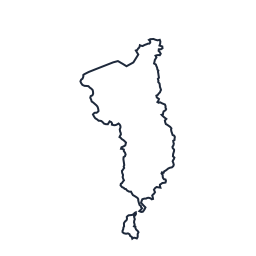 the district of Campo Alegre, Santa Catarina, Brazil, rotated 122°
{"feature_id": "56859067B1818648159801", "entity_name": "Campo Alegre", "entity_type": "district", "adm_level": 2, "iso_a3": "BRA", "parent_name": "Brazil", "parent_adm1": "Santa Catarina", "projection": "natural_earth1", "projection_center": [-49.182, -26.127], "detail": "fine", "context": "isolated", "style": "outline", "palette": "slate", "viewbox_px": 256, "rotation_deg": 122, "n_neighbors": 0, "source": "geoboundaries", "source_scale": "gbopen_adm2", "svg_char_len": 4109}
<svg xmlns="http://www.w3.org/2000/svg" viewBox="0 0 256 256"><g transform="rotate(122 128 128)"><path d="M63.2,132.7L62.9,134.0L61.3,135.4L60.5,136.7L59.4,138.0L59.5,140.1L57.6,140.7L56.1,141.3L54.5,141.3L53.1,141.3L52.1,143.0L51.1,142.2L50.1,141.0L49.4,139.6L47.7,139.6L46.7,141.5L46.4,142.9L44.9,143.6L43.9,141.9L42.1,141.0L40.7,142.1L41.0,143.4L41.4,145.0L39.5,145.4L37.5,146.4L36.4,147.8L38.0,149.4L38.7,151.8L39.0,153.6L39.9,154.8L40.9,156.2L42.2,156.9L42.6,155.3L43.8,154.4L45.1,154.6L45.9,155.8L47.1,156.6L48.2,157.5L49.4,158.3L50.7,159.0L51.3,160.5L51.5,161.8L52.6,161.4L53.9,161.1L55.1,161.5L56.9,161.5L58.1,162.4L60.3,158.2L62.7,158.2L66.7,158.2L68.2,158.2L69.6,158.2L76.4,162.0L76.4,166.6L76.5,168.6L76.5,170.0L76.6,172.0L80.1,175.3L95.3,186.6L101.3,191.0L105.6,193.6L106.8,194.0L107.9,193.2L109.1,192.9L110.4,192.7L111.7,193.3L113.6,193.1L114.6,191.8L115.6,189.5L115.3,187.2L114.4,185.6L113.5,183.7L114.0,181.8L114.1,179.8L114.6,178.0L116.0,176.7L117.5,175.7L119.2,175.5L120.7,176.5L122.4,176.0L123.4,174.4L124.8,172.8L124.8,171.1L125.2,168.7L125.5,166.9L126.0,165.3L127.0,164.0L128.0,163.0L129.2,162.0L130.9,162.3L131.9,162.9L132.5,164.1L133.6,164.7L135.1,164.9L136.3,162.8L137.1,160.9L137.1,158.5L137.4,156.8L136.6,155.4L136.2,154.2L136.5,152.4L137.0,150.6L136.5,148.8L135.5,147.1L133.6,147.1L132.1,147.1L131.9,145.3L132.6,143.9L133.7,143.4L133.3,142.0L132.7,140.8L131.9,139.9L130.8,139.2L129.2,138.4L129.5,136.8L130.4,135.4L131.7,134.6L133.5,134.3L135.2,132.8L136.1,131.5L137.3,130.6L138.9,130.6L140.2,130.4L140.2,129.1L140.7,127.4L140.7,125.4L141.0,123.8L141.4,122.0L142.6,121.6L144.2,121.1L146.1,122.1L147.8,123.3L149.3,122.9L148.7,121.7L148.5,120.1L149.8,119.3L150.5,117.5L151.7,116.0L153.5,115.6L155.1,116.3L157.0,115.3L158.3,114.2L159.8,112.9L161.5,111.5L163.1,111.2L163.9,110.1L165.0,110.2L166.2,110.2L167.6,110.4L169.2,109.1L170.3,107.5L171.3,106.9L172.4,106.6L173.5,105.3L174.5,103.7L176.1,103.9L177.8,103.9L179.1,104.5L180.6,103.9L181.3,101.7L181.0,99.9L181.4,98.7L180.9,97.4L181.5,95.7L181.4,93.4L180.4,91.7L181.2,90.4L182.3,88.3L182.2,86.5L182.2,84.7L182.3,82.8L182.9,81.6L183.9,81.0L185.2,79.7L186.4,78.3L187.2,77.3L187.3,75.8L188.3,74.8L188.6,73.5L190.4,73.8L192.5,74.3L192.2,72.3L191.2,71.1L189.6,70.9L187.7,70.9L186.1,71.1L185.8,72.5L185.4,74.2L184.9,75.8L184.5,77.3L182.6,77.8L180.8,78.1L179.3,76.8L178.3,75.3L177.1,74.6L176.2,73.5L175.7,71.6L175.9,70.1L174.9,69.2L173.5,70.4L172.4,71.7L171.1,71.5L169.8,71.1L168.1,71.1L166.6,73.3L164.7,73.2L162.9,72.5L162.2,70.7L161.4,68.9L160.2,70.2L159.1,70.9L157.9,70.3L156.4,69.7L155.6,68.6L154.4,67.3L152.7,67.8L151.8,68.9L152.4,70.4L151.7,72.0L150.7,72.9L149.5,73.7L148.8,75.5L147.6,75.7L147.2,74.1L145.5,74.3L144.1,73.5L142.5,72.9L141.0,72.4L139.5,71.4L138.1,69.9L136.4,69.4L134.9,69.7L133.5,71.2L132.6,72.5L131.2,72.7L130.1,72.6L128.5,73.0L128.2,74.9L127.2,75.4L126.0,76.0L124.7,76.3L123.0,76.8L121.9,77.5L121.4,79.3L120.5,80.3L118.6,80.3L116.9,80.9L116.1,81.9L114.9,82.9L113.5,82.2L112.3,82.9L110.8,83.5L110.0,84.8L110.3,86.5L108.9,88.1L108.0,89.3L106.6,90.6L105.3,91.0L104.7,92.8L104.6,94.7L104.5,96.3L104.6,98.0L103.5,99.4L102.1,100.7L100.0,100.3L99.8,102.5L99.4,105.0L99.0,106.5L97.9,105.6L96.5,106.2L95.1,106.6L93.1,105.6L91.7,105.7L91.0,106.9L89.6,107.7L88.5,109.1L89.0,112.0L89.2,114.4L90.4,115.4L90.4,116.8L88.9,116.7L87.0,117.1L86.8,119.8L85.5,121.1L84.2,120.3L82.5,120.2L80.8,119.8L79.4,120.1L78.2,120.2L77.2,121.4L76.2,122.7L75.0,123.6L73.6,124.8L73.0,126.7L71.6,127.4L70.5,128.7L69.0,128.4L67.8,129.4L66.8,130.3L65.8,131.1L64.4,132.4L63.2,132.7ZM214.5,62.5L212.9,63.6L210.8,63.9L210.2,65.2L209.8,67.3L208.8,68.8L207.8,69.4L208.2,70.8L206.7,70.9L205.8,71.8L204.8,72.9L203.3,73.6L201.7,73.9L200.5,75.4L199.5,76.2L198.4,75.6L196.6,75.7L195.4,76.7L196.4,77.3L198.1,77.6L199.5,78.4L200.8,80.0L201.7,81.2L202.9,81.7L204.1,81.9L205.6,80.7L207.1,80.4L208.9,81.0L210.9,81.0L212.4,80.0L213.5,79.2L214.7,79.2L216.4,78.4L218.3,78.1L219.3,77.3L219.4,75.6L218.7,73.6L217.4,72.2L217.3,70.4L218.4,68.9L218.3,67.2L219.6,65.7L218.3,65.2L217.5,64.1L217.0,62.0L215.6,62.0L214.5,62.5Z" fill="none" stroke="#1e293b" stroke-width="2"/></g></svg>